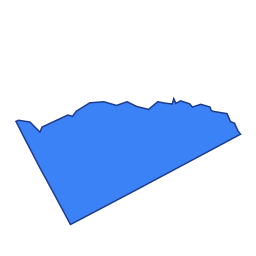 the district of Sherburne, Minnesota, United States of America, rotated 152°
{"feature_id": "52423323B66083863480284", "entity_name": "Sherburne", "entity_type": "district", "adm_level": 2, "iso_a3": "USA", "parent_name": "United States of America", "parent_adm1": "Minnesota", "projection": "robinson", "projection_center": [-93.859, 45.403], "detail": "fine", "context": "isolated", "style": "filled", "palette": "blue", "viewbox_px": 256, "rotation_deg": 152, "n_neighbors": 0, "source": "geoboundaries", "source_scale": "gbopen_adm2", "svg_char_len": 611}
<svg xmlns="http://www.w3.org/2000/svg" viewBox="0 0 256 256"><g transform="rotate(152 128 128)"><path d="M31.5,69.7L32.3,73.5L31.7,82.2L34.5,85.6L33.8,94.2L44.1,102.0L46.3,104.1L45.8,108.1L52.7,114.8L61.2,116.2L62.3,120.5L68.8,127.3L74.2,127.3L73.8,132.4L77.7,128.4L84.5,133.2L89.4,137.2L101.1,134.8L110.1,142.8L116.5,151.6L127.5,153.3L137.0,162.5L150.0,168.2L165.8,167.1L171.4,164.4L175.1,167.7L203.5,169.2L207.7,165.7L211.8,179.3L221.0,186.2L223.8,186.5L224.2,166.5L224.5,134.4L224.4,123.5L224.2,102.2L224.1,69.8L149.1,69.5L74.5,69.6L31.5,69.7Z" fill="#3b82f6" stroke="#1e3a8a" stroke-width="1.5"/></g></svg>